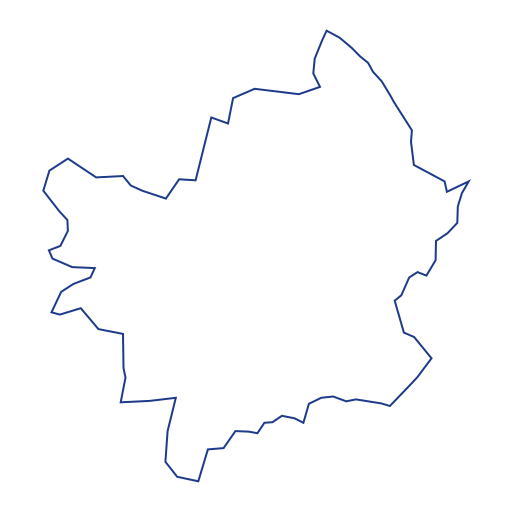 Santo Expedito do Sul, Rio Grande do Sul, Brazil
{"feature_id": "56859067B67649828146621", "entity_name": "Santo Expedito do Sul", "entity_type": "district", "adm_level": 2, "iso_a3": "BRA", "parent_name": "Brazil", "parent_adm1": "Rio Grande do Sul", "projection": "mercator", "projection_center": [-51.663, -27.922], "detail": "fine", "context": "isolated", "style": "outline", "palette": "blue", "viewbox_px": 512, "rotation_deg": 0, "n_neighbors": 0, "source": "geoboundaries", "source_scale": "gbopen_adm2", "svg_char_len": 1208}
<svg xmlns="http://www.w3.org/2000/svg" viewBox="0 0 512 512"><path d="M67.9,158.6L49.4,170.6L43.3,190.7L59.5,211.5L67.4,220.0L67.9,230.8L60.4,245.9L48.9,250.3L52.5,258.6L72.1,267.1L94.8,268.1L90.5,277.4L73.5,283.9L61.2,291.8L51.5,312.3L59.8,314.6L80.8,308.2L98.4,329.1L123.0,333.9L123.5,368.1L125.5,377.6L120.7,402.3L149.7,400.9L175.8,397.8L167.6,431.1L165.4,461.8L177.2,476.8L198.3,481.3L207.9,449.4L223.6,448.1L235.4,431.1L248.5,431.6L257.4,433.2L264.4,422.8L272.5,422.2L281.9,415.8L294.5,418.3L303.4,422.8L308.9,403.8L321.2,397.8L333.1,396.5L346.2,401.3L356.0,399.4L381.2,403.4L389.9,406.0L411.4,383.6L417.5,377.0L431.5,358.3L414.1,337.0L403.9,332.6L394.7,300.7L401.3,295.3L409.2,277.5L417.5,272.1L426.4,275.6L435.6,260.2L436.0,240.9L447.4,233.3L457.3,222.9L457.8,206.5L461.9,193.2L468.7,181.4L446.9,191.8L444.6,181.4L413.9,165.0L411.0,141.9L411.9,130.3L394.3,102.7L389.9,94.8L381.7,81.3L373.0,71.8L368.1,62.9L359.9,56.2L351.5,47.7L339.6,37.7L326.6,30.7L322.2,40.2L314.7,58.7L313.3,73.5L320.0,86.9L298.8,94.2L254.6,88.8L233.1,98.1L228.0,123.5L211.3,117.5L195.6,180.3L179.1,179.3L165.9,198.6L142.2,190.7L130.8,185.5L123.0,176.0L96.2,177.4L67.9,158.6Z" fill="none" stroke="#1e3a8a" stroke-width="2"/></svg>